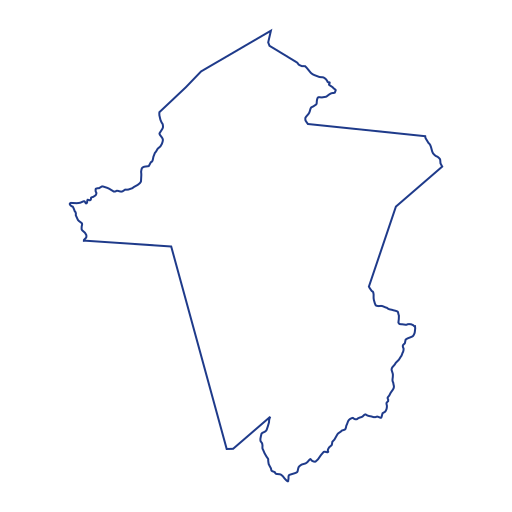 outline of Ojojona, Francisco Morazán, Honduras
{"feature_id": "27666195B52120095193284", "entity_name": "Ojojona", "entity_type": "district", "adm_level": 2, "iso_a3": "HND", "parent_name": "Honduras", "parent_adm1": "Francisco Morazán", "projection": "natural_earth1", "projection_center": [-87.338, 13.923], "detail": "fine", "context": "isolated", "style": "outline", "palette": "blue", "viewbox_px": 512, "rotation_deg": 0, "n_neighbors": 0, "source": "geoboundaries", "source_scale": "gbopen_adm2", "svg_char_len": 5972}
<svg xmlns="http://www.w3.org/2000/svg" viewBox="0 0 512 512"><path d="M270.9,30.7L201.1,71.4L185.8,87.3L159.4,112.2L159.3,113.6L159.4,115.4L160.0,118.0L160.4,119.7L161.1,121.4L161.7,122.7L162.4,123.6L162.7,124.3L162.9,125.4L163.0,126.6L162.9,127.6L162.4,128.8L159.7,133.0L159.5,133.5L159.5,133.8L159.9,134.8L162.0,137.6L162.6,138.7L162.8,139.5L162.9,140.0L162.6,141.7L161.9,143.8L160.4,146.4L157.7,148.7L156.0,151.6L154.9,152.9L153.4,156.8L152.9,159.3L152.5,160.7L152.1,161.3L151.7,161.8L151.4,162.0L151.0,162.1L150.8,162.3L149.0,165.7L148.7,166.1L148.3,166.2L144.9,166.6L143.7,166.9L142.6,167.5L142.2,167.9L141.8,168.4L141.4,169.9L141.1,171.8L141.2,172.8L141.3,174.1L141.3,175.3L141.0,181.1L140.9,181.6L140.6,182.1L139.8,183.2L137.7,184.9L133.9,187.0L132.3,188.2L128.2,189.6L126.3,189.7L125.2,189.6L122.6,191.3L121.7,191.6L120.2,191.5L118.1,190.9L117.4,190.8L116.6,190.8L115.7,191.3L115.1,191.5L114.3,191.5L113.7,191.5L109.3,188.8L107.4,187.9L103.4,186.6L102.5,186.4L101.8,186.5L99.0,188.2L97.9,188.2L97.0,188.4L96.2,188.6L95.8,188.8L95.7,189.1L95.6,189.7L95.6,191.1L95.9,191.9L96.4,192.9L96.4,193.3L96.2,194.1L95.8,195.0L95.3,195.5L93.2,196.9L92.0,197.2L91.2,197.6L91.0,198.0L91.0,198.6L90.9,199.2L90.6,199.9L90.3,200.1L89.8,200.3L88.4,199.9L87.6,199.8L87.3,200.5L87.1,202.4L86.8,203.0L86.5,203.3L86.1,203.4L85.8,203.3L84.7,201.5L84.4,201.3L84.1,201.2L83.3,201.4L80.3,202.7L78.6,203.0L76.6,203.2L70.9,202.9L70.4,203.1L70.0,203.4L69.8,203.7L69.8,204.2L70.1,204.8L70.7,205.5L71.7,206.3L72.6,206.5L73.1,207.2L74.0,209.2L74.8,211.4L75.3,211.8L75.6,212.4L75.9,213.7L75.8,214.9L75.8,215.3L77.9,219.9L78.8,220.9L81.6,223.0L82.0,223.5L82.1,224.6L81.7,226.4L81.6,228.0L81.6,228.8L81.7,229.5L82.0,230.0L82.4,230.5L84.9,232.7L86.2,234.8L86.4,235.7L86.4,236.6L86.2,237.5L85.8,238.0L84.8,239.0L84.0,239.9L83.9,240.2L83.9,240.8L85.5,240.7L171.2,246.5L226.7,449.0L233.1,448.8L270.2,416.8L269.4,418.9L269.1,420.5L269.0,422.3L267.9,426.1L266.7,429.7L266.2,430.6L264.9,431.7L262.3,432.9L261.5,433.7L260.9,436.2L260.4,438.8L260.4,440.2L260.6,441.2L262.1,443.3L262.3,444.3L262.5,445.8L262.4,447.1L262.5,448.7L263.0,449.6L264.6,453.3L266.5,456.6L268.0,458.7L268.2,459.3L268.2,460.7L268.4,462.3L268.7,464.1L269.6,465.9L270.9,468.3L271.1,469.0L271.3,470.1L271.6,470.7L272.1,471.1L274.7,472.1L274.9,472.3L275.3,473.2L276.2,473.9L280.0,474.3L281.2,474.8L282.9,476.3L284.6,478.5L286.3,480.3L287.3,481.1L287.7,481.3L287.9,481.3L288.2,481.0L288.2,480.2L288.5,478.9L288.5,476.7L288.7,475.7L288.9,475.3L289.3,475.0L289.9,474.7L294.8,473.2L296.3,472.6L297.1,472.1L297.4,471.7L297.6,471.2L298.2,468.5L298.6,467.2L299.4,466.2L300.8,465.1L301.8,464.5L305.3,463.5L306.1,463.1L307.4,462.1L309.3,459.9L310.3,459.1L310.7,459.3L311.9,460.7L312.6,461.1L314.3,461.7L314.9,461.7L315.5,461.6L316.4,460.8L318.0,459.3L321.0,455.0L322.9,452.8L323.7,451.9L324.2,451.8L324.8,451.7L327.3,452.3L328.0,452.0L328.2,451.8L328.2,451.6L327.9,451.0L327.8,450.4L328.0,449.4L329.1,447.4L331.6,445.2L331.9,444.5L332.3,442.1L332.4,441.7L334.4,439.6L336.9,435.2L337.7,433.9L338.3,433.3L340.8,431.6L341.8,430.6L344.6,429.7L345.3,429.2L345.9,427.7L346.3,425.7L347.0,424.2L348.1,421.2L348.9,420.0L349.9,419.1L351.4,418.3L352.7,417.9L353.1,418.0L353.8,418.6L354.7,419.1L355.9,419.3L356.8,419.2L357.4,418.9L358.0,418.3L358.5,418.1L359.9,417.5L360.8,417.3L362.5,416.6L364.0,415.1L364.8,414.6L365.3,414.4L365.9,414.6L367.0,415.3L368.2,415.8L369.9,416.2L371.2,416.4L373.5,417.1L375.5,417.1L375.9,417.0L376.6,416.7L377.5,416.6L378.6,417.0L380.3,417.7L380.9,417.8L381.3,417.5L381.6,416.8L382.3,414.1L382.6,413.2L385.0,411.8L385.5,411.2L386.0,410.3L386.6,408.8L386.9,407.0L386.9,405.7L386.5,403.9L386.5,403.1L386.6,402.8L387.0,402.3L387.6,401.6L388.1,401.2L388.2,399.7L387.7,398.5L387.6,398.0L387.7,397.5L388.2,396.8L389.2,395.6L390.7,392.7L392.9,389.6L393.6,388.3L393.9,387.0L393.9,386.1L393.6,384.8L393.3,383.2L393.2,382.6L392.7,381.5L392.5,380.5L392.5,379.3L392.8,377.0L392.9,374.7L392.7,373.5L391.6,370.0L391.6,369.2L391.9,368.1L392.4,367.2L394.7,364.6L395.8,362.8L398.9,359.7L400.7,356.8L401.5,355.7L402.7,352.5L403.1,351.9L403.5,350.2L403.6,348.8L403.5,348.3L403.1,347.6L403.0,347.1L402.8,346.2L402.9,345.5L403.1,345.0L403.5,344.6L403.8,344.2L404.5,343.7L404.9,343.1L405.6,339.7L406.3,339.1L407.8,338.3L410.4,337.3L412.3,336.5L413.1,335.9L413.8,334.8L414.5,333.3L414.8,332.0L415.2,328.3L415.0,326.2L414.4,326.3L413.8,325.8L413.2,325.2L411.2,324.3L409.3,324.1L407.9,324.2L407.5,324.3L406.7,324.7L405.9,324.8L402.4,324.3L400.5,324.2L399.5,324.0L398.8,323.3L398.4,322.4L398.8,319.1L398.9,315.8L398.8,315.3L398.5,314.4L398.0,312.2L397.7,311.7L396.8,311.2L395.2,310.7L393.5,310.3L391.9,309.8L389.4,309.3L388.2,308.8L386.9,307.8L385.5,307.4L383.9,306.7L382.4,306.1L381.1,305.9L378.4,306.1L376.7,305.8L375.8,305.4L375.6,305.1L374.9,303.5L373.9,300.1L373.6,298.1L373.6,294.5L373.4,293.2L373.2,292.3L372.8,291.6L372.0,291.2L371.6,290.8L369.7,288.1L368.9,286.6L395.9,206.6L442.2,166.6L440.5,163.4L440.2,159.9L439.9,159.0L439.1,158.1L438.0,157.1L437.2,156.6L436.0,156.1L434.9,155.3L433.8,154.2L433.0,153.3L432.2,151.5L431.0,147.1L430.3,145.2L429.4,143.8L428.5,143.0L425.7,138.4L425.4,137.6L425.2,136.2L307.9,124.0L306.4,121.9L305.5,120.5L305.3,119.0L305.4,117.8L306.1,116.7L308.5,113.9L309.2,112.8L309.8,111.2L310.4,109.0L311.0,107.7L311.4,107.3L313.3,106.4L315.4,105.0L316.0,104.6L316.4,104.1L316.6,103.7L316.7,103.0L316.8,101.2L317.1,99.4L317.5,98.2L317.8,97.7L318.1,97.4L318.6,97.2L319.5,97.2L321.1,97.4L322.0,97.4L325.7,96.8L326.4,96.6L329.0,94.6L330.6,93.6L331.7,93.2L332.8,93.0L333.7,93.0L334.8,92.6L335.6,90.6L335.7,90.1L335.2,89.5L333.6,88.3L332.6,87.2L329.9,85.4L329.1,84.8L329.0,84.4L329.7,82.9L329.6,82.5L329.2,82.3L328.5,82.4L328.0,82.2L327.4,81.6L327.3,81.1L326.1,79.4L324.6,78.1L323.9,77.7L323.0,77.3L320.2,77.1L319.1,76.9L314.4,75.1L312.9,74.4L311.6,73.5L310.7,72.7L306.6,67.7L305.1,66.2L301.8,66.1L299.3,65.0L298.5,64.4L297.7,63.2L297.0,62.5L269.5,45.8L268.2,42.4L270.9,30.7Z" fill="none" stroke="#1e3a8a" stroke-width="2"/></svg>